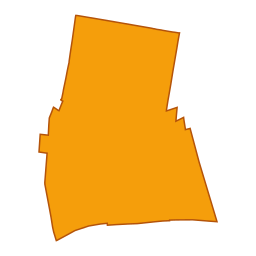 Rast, Dolj, Romania
{"feature_id": "2599482B92282962106723", "entity_name": "Rast", "entity_type": "district", "adm_level": 2, "iso_a3": "ROU", "parent_name": "Romania", "parent_adm1": "Dolj", "projection": "natural_earth1", "projection_center": [23.283, 43.898], "detail": "fine", "context": "isolated", "style": "filled", "palette": "amber", "viewbox_px": 256, "rotation_deg": 0, "n_neighbors": 0, "source": "geoboundaries", "source_scale": "gbopen_adm2", "svg_char_len": 1382}
<svg xmlns="http://www.w3.org/2000/svg" viewBox="0 0 256 256"><path d="M179.5,32.9L179.3,32.9L178.9,32.9L178.5,32.9L178.3,32.9L177.5,32.7L174.3,32.2L172.5,32.0L164.8,30.7L162.0,30.2L161.3,30.0L158.5,29.6L157.0,29.4L156.4,29.3L156.1,29.2L155.2,29.0L154.7,28.8L154.0,28.8L151.4,28.2L135.2,25.4L116.1,22.1L77.8,15.6L76.0,15.4L75.8,15.4L75.5,16.8L74.5,24.1L72.2,40.5L70.9,48.9L70.4,52.3L70.3,52.9L69.1,61.4L69.1,62.4L68.9,63.1L68.0,67.3L67.3,70.7L65.8,78.6L63.5,89.5L63.0,92.5L61.6,99.2L61.1,99.3L60.9,99.4L60.8,99.6L60.8,99.8L61.1,100.1L61.2,100.3L62.1,100.8L62.8,101.1L62.6,101.7L61.7,103.7L59.8,108.5L59.0,110.7L58.1,110.3L57.0,109.5L54.2,107.6L53.7,107.3L53.5,107.2L52.6,109.5L51.8,111.8L49.4,117.7L49.3,118.1L48.8,125.1L48.3,135.2L47.6,135.1L40.2,134.3L39.0,152.0L47.1,153.2L46.6,159.5L44.8,182.6L44.9,184.4L49.7,209.9L51.1,217.6L52.6,227.1L53.7,232.1L56.3,240.6L57.1,240.3L59.3,239.1L75.1,230.5L88.7,226.0L100.4,224.0L107.2,223.3L107.4,225.2L116.2,224.6L127.3,224.0L137.5,223.6L154.4,221.8L162.8,221.0L169.6,220.7L169.6,220.1L177.0,219.9L192.7,219.8L208.9,221.1L217.0,221.7L199.1,162.1L190.1,128.4L189.2,128.7L185.4,129.6L185.4,129.3L183.9,119.8L183.6,117.4L179.2,119.6L175.9,121.2L176.6,113.0L177.1,107.4L169.3,110.0L166.4,110.9L166.5,109.6L168.0,100.2L168.6,96.9L170.7,84.8L172.9,71.2L176.7,49.1L178.0,41.1L179.5,32.9Z" fill="#f59e0b" stroke="#b45309" stroke-width="1.5"/></svg>